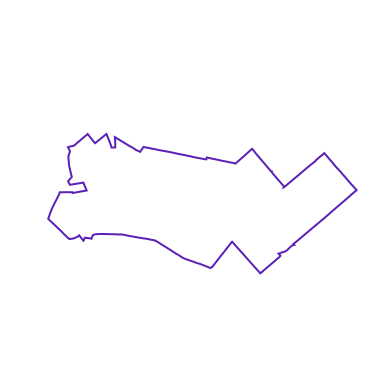 Daia, Giurgiu, Romania, rotated 131°
{"feature_id": "2599482B46391816231209", "entity_name": "Daia", "entity_type": "district", "adm_level": 2, "iso_a3": "ROU", "parent_name": "Romania", "parent_adm1": "Giurgiu", "projection": "albers", "projection_center": [25.985, 44.024], "detail": "fine", "context": "isolated", "style": "outline", "palette": "violet", "viewbox_px": 384, "rotation_deg": 131, "n_neighbors": 0, "source": "geoboundaries", "source_scale": "gbopen_adm2", "svg_char_len": 5650}
<svg xmlns="http://www.w3.org/2000/svg" viewBox="0 0 384 384"><g transform="rotate(131 192 192)"><path d="M307.7,262.7L308.0,255.7L308.1,254.3L307.7,254.0L307.7,253.8L307.7,253.6L307.6,253.4L307.1,252.9L306.8,252.7L305.7,251.7L305.1,251.3L304.4,250.7L304.1,250.5L303.5,250.3L300.8,249.1L300.1,248.8L299.6,248.6L299.4,248.5L299.2,248.5L298.7,248.7L298.7,248.4L298.9,247.8L299.0,247.2L299.1,246.6L299.4,245.2L299.5,244.9L299.6,244.0L299.7,243.7L299.8,243.2L299.9,242.6L300.1,242.2L300.1,241.9L299.9,241.9L299.6,242.0L299.3,242.1L297.7,242.6L297.1,242.8L296.8,242.8L296.6,242.8L296.5,242.5L296.3,242.2L295.8,241.4L294.2,239.1L293.6,238.0L293.4,237.6L293.3,237.3L292.4,237.5L291.5,237.8L290.9,238.1L289.7,238.4L289.4,238.4L289.1,238.3L288.7,238.1L288.1,237.7L287.6,237.4L287.2,237.1L285.4,235.3L284.4,234.3L283.9,233.7L283.5,233.2L283.3,232.9L283.0,232.7L282.6,232.3L282.1,231.6L281.5,231.0L281.3,230.6L281.0,230.3L280.5,229.7L279.9,228.9L279.6,228.6L279.4,228.4L278.3,227.1L278.1,226.8L277.8,226.4L276.7,225.2L276.4,224.8L275.3,223.5L274.5,222.5L273.6,221.3L273.4,221.0L273.1,220.6L272.9,220.4L272.2,219.4L271.9,219.2L271.3,218.6L271.2,218.4L270.9,218.1L270.3,217.4L270.1,217.1L269.8,216.5L269.1,215.5L268.9,215.1L268.4,214.2L268.2,213.9L267.4,212.4L267.3,212.2L266.5,210.9L265.7,209.5L265.1,208.5L264.7,207.9L264.5,207.5L263.7,206.2L263.5,205.8L263.3,205.4L262.9,204.8L262.7,204.5L262.1,203.5L261.9,203.1L261.2,202.1L261.0,201.6L260.6,201.1L259.9,200.0L258.9,198.2L257.5,196.3L257.2,195.7L256.7,194.8L256.4,194.4L255.0,191.8L254.3,190.7L253.7,189.7L253.5,189.1L253.4,188.9L253.3,188.6L252.9,188.4L252.7,187.4L252.3,185.7L251.5,180.1L251.2,178.4L250.4,173.4L249.7,168.7L249.2,164.8L249.0,163.6L248.6,161.8L248.3,160.0L248.0,158.1L247.7,156.2L247.6,155.2L247.2,154.1L246.5,152.1L246.4,151.8L246.2,151.4L245.9,150.8L245.4,149.4L244.5,147.1L243.5,144.8L242.9,143.0L242.1,141.0L241.6,140.0L241.1,139.0L240.8,138.1L240.6,137.7L239.3,134.0L238.2,130.8L237.5,128.9L237.2,128.1L236.8,128.0L236.4,128.0L236.0,127.9L235.6,127.6L235.4,127.6L235.2,127.6L234.9,127.6L234.6,127.6L234.2,127.6L230.7,127.8L227.3,128.0L223.5,128.2L220.0,128.4L218.1,128.4L216.8,128.5L212.0,128.7L206.6,129.0L204.0,129.2L203.2,129.1L203.4,127.5L204.2,121.5L204.7,117.2L205.0,114.9L205.2,113.2L206.0,107.3L206.3,104.9L206.4,104.0L207.0,99.6L207.4,96.4L207.6,95.1L208.0,91.6L208.6,87.1L207.8,86.9L207.7,87.3L207.5,87.0L207.4,87.0L207.2,86.9L206.9,86.8L206.6,86.7L204.5,86.5L203.6,86.4L193.3,84.8L189.5,84.2L187.0,83.9L185.3,83.7L184.8,83.5L184.0,83.4L183.2,83.4L182.1,83.4L182.0,83.7L181.9,84.5L181.8,85.3L181.7,86.3L181.5,86.2L181.1,85.8L178.7,84.6L176.2,83.0L175.7,82.7L175.1,82.4L174.9,82.4L174.2,82.2L173.8,82.1L172.9,82.0L169.1,81.7L168.0,81.6L167.8,81.5L166.9,81.3L166.0,81.0L165.7,80.8L165.5,80.7L165.2,80.5L164.9,80.2L164.8,81.4L160.2,80.6L155.6,79.8L148.8,78.8L146.2,78.4L141.5,77.7L134.2,76.5L128.3,75.6L124.4,74.9L123.1,74.8L120.6,74.4L114.8,73.7L96.2,70.9L90.5,70.1L90.3,70.1L90.1,70.2L89.5,70.2L89.4,70.0L82.6,69.0L82.3,71.4L82.0,73.5L81.7,76.6L81.4,78.7L81.2,80.6L81.1,80.8L81.0,81.5L80.5,84.6L80.2,86.9L79.7,90.7L79.3,93.2L78.9,96.7L78.5,100.7L78.0,103.5L77.8,104.8L77.7,104.8L76.7,112.1L76.5,113.1L75.9,117.7L77.2,117.8L79.4,118.1L79.6,118.1L79.7,118.3L83.1,118.8L86.7,119.3L86.8,119.2L87.0,119.1L87.3,119.2L87.5,119.2L88.0,119.3L88.5,119.3L91.9,119.9L93.0,120.2L94.5,120.4L97.0,120.8L98.3,121.1L99.3,121.2L101.3,121.5L105.8,122.2L107.8,122.5L108.5,122.6L110.7,122.9L113.1,123.3L118.8,124.2L127.4,125.6L127.7,125.6L128.2,125.8L127.5,126.0L127.3,127.5L126.9,130.4L126.7,131.8L126.5,132.9L126.4,134.0L126.0,137.3L125.8,138.1L125.0,143.3L124.8,144.3L124.7,144.9L124.2,145.2L124.3,145.3L124.5,145.6L124.5,146.2L124.4,146.7L123.7,151.4L123.5,152.6L122.3,160.8L121.2,168.2L120.4,172.4L120.1,174.3L120.0,175.0L124.9,175.6L132.1,176.4L132.4,176.5L134.2,176.8L140.9,177.7L142.0,177.8L142.9,179.6L144.4,182.3L145.9,185.0L147.3,187.4L149.1,190.5L150.6,193.3L152.0,195.8L153.7,198.8L155.0,201.1L156.3,203.5L157.9,202.6L158.2,203.0L158.5,203.4L158.8,203.8L159.3,204.5L159.9,205.7L161.1,207.7L162.9,210.7L163.7,212.1L164.8,214.1L166.0,216.4L168.7,221.2L170.5,224.4L170.6,224.5L173.9,230.4L175.1,232.7L176.2,234.6L178.7,238.9L179.9,240.8L180.4,241.7L182.1,244.5L183.0,246.2L184.1,248.3L184.8,249.4L185.3,250.1L187.4,254.0L188.4,255.6L189.6,257.6L189.6,257.9L189.7,258.1L189.8,258.1L190.8,258.0L193.2,257.8L194.6,257.6L195.7,257.4L197.1,262.3L197.2,262.6L197.1,263.0L197.1,263.4L197.4,264.8L197.5,265.7L197.6,266.5L197.7,267.0L197.8,267.3L198.0,268.1L198.2,268.7L198.3,269.2L199.1,274.1L200.3,281.0L201.0,285.3L201.2,286.2L202.8,284.5L204.2,283.2L206.6,281.0L208.8,279.2L208.9,279.3L211.2,281.8L210.0,283.7L209.5,284.7L208.5,286.4L205.8,291.7L204.4,294.7L212.2,296.0L218.8,297.2L218.7,298.0L217.9,302.3L216.9,307.7L216.7,308.8L217.5,308.8L219.0,309.1L220.0,309.3L220.8,309.4L222.6,309.7L223.6,309.8L225.1,310.1L225.7,310.2L226.4,310.2L227.8,310.5L230.0,310.9L230.9,311.0L231.4,311.0L233.6,311.4L234.6,311.5L234.8,311.6L235.0,311.8L235.4,312.0L235.7,312.3L236.4,312.8L237.4,313.7L238.0,314.1L238.8,314.6L239.5,314.9L239.6,315.0L239.7,314.9L239.9,314.4L240.3,313.1L241.0,311.4L241.1,311.1L241.2,310.9L241.4,310.7L241.6,310.6L243.5,309.8L245.9,308.9L246.3,308.6L246.5,308.5L248.2,306.7L248.3,306.6L251.4,303.4L252.2,302.6L252.5,302.3L252.7,302.1L255.8,297.8L257.3,295.7L258.1,294.6L258.5,294.0L259.5,292.6L263.6,292.6L265.1,292.6L265.3,292.2L266.7,288.9L258.8,282.3L256.2,280.1L260.0,272.5L271.1,281.5L270.7,282.2L278.9,291.6L281.0,290.8L283.2,290.2L287.1,289.2L291.2,288.2L295.4,287.1L300.4,285.4L306.6,282.9L307.5,263.0L307.7,262.7Z" fill="none" stroke="#5b21b6" stroke-width="2"/></g></svg>